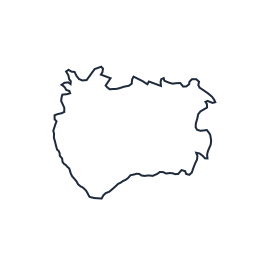 the district of Horizontina, Rio Grande do Sul, Brazil, rotated 34°
{"feature_id": "56859067B7037292151986", "entity_name": "Horizontina", "entity_type": "district", "adm_level": 2, "iso_a3": "BRA", "parent_name": "Brazil", "parent_adm1": "Rio Grande do Sul", "projection": "albers", "projection_center": [-54.298, -27.589], "detail": "fine", "context": "isolated", "style": "outline", "palette": "slate", "viewbox_px": 256, "rotation_deg": 34, "n_neighbors": 0, "source": "geoboundaries", "source_scale": "gbopen_adm2", "svg_char_len": 2130}
<svg xmlns="http://www.w3.org/2000/svg" viewBox="0 0 256 256"><g transform="rotate(34 128 128)"><path d="M161.0,49.9L157.2,49.4L153.7,51.8L153.1,55.3L154.2,57.5L153.1,60.9L150.6,62.8L146.2,61.5L142.9,63.9L140.2,66.3L137.0,67.4L134.2,68.0L131.7,68.5L129.7,66.7L128.3,68.9L129.2,71.5L131.8,74.7L119.3,77.8L119.6,80.9L113.7,81.0L103.9,82.3L104.2,85.3L106.3,89.2L105.1,92.5L101.5,96.1L99.9,98.2L97.5,101.1L95.5,102.9L93.6,104.2L91.2,106.1L88.0,105.9L85.7,105.3L85.7,96.5L75.7,98.9L75.6,96.1L74.1,92.8L71.5,92.2L67.4,97.8L67.1,106.0L66.9,111.4L63.6,114.1L60.0,114.8L56.1,113.6L52.4,111.4L49.6,112.9L46.2,113.0L45.1,115.8L49.0,117.6L52.1,120.5L54.4,121.2L55.8,123.7L52.9,123.6L50.0,126.1L48.8,129.4L51.1,129.3L53.2,129.8L55.6,131.0L58.6,130.1L60.6,131.5L58.9,133.7L54.9,137.1L56.0,140.2L57.5,143.0L63.8,146.8L66.2,150.3L64.6,153.0L62.0,155.7L60.0,158.5L62.3,161.8L65.0,162.4L65.8,165.8L66.7,168.9L67.6,172.1L69.9,174.1L72.0,177.5L75.0,180.0L78.4,183.1L81.2,185.5L83.4,185.8L85.4,187.1L87.0,189.2L90.4,190.1L92.8,192.8L95.0,193.5L97.2,193.5L99.4,194.1L101.9,194.4L104.0,196.1L106.1,197.8L108.8,199.3L111.9,200.1L115.3,201.1L118.1,202.6L121.3,202.9L124.3,202.6L128.0,203.3L130.1,204.2L132.4,205.5L134.7,206.6L139.3,204.9L145.6,201.2L145.2,197.8L145.9,194.5L148.1,191.3L149.5,186.4L150.3,183.2L151.1,179.7L152.5,177.4L153.4,174.9L155.0,172.3L156.0,169.6L156.5,165.7L158.9,163.3L160.7,161.1L163.1,159.8L165.9,159.8L168.7,158.3L171.5,155.9L175.3,153.8L177.9,149.7L179.0,146.7L181.6,145.0L185.1,144.4L187.9,141.9L190.5,140.5L192.7,140.0L195.3,138.1L195.9,133.0L199.5,131.8L201.9,133.6L205.0,132.5L205.8,129.2L204.7,125.3L204.1,122.7L203.4,119.5L202.9,115.6L201.3,112.5L198.4,110.4L201.6,109.1L205.5,109.3L208.8,110.1L210.9,108.8L208.5,105.9L207.2,102.5L205.8,95.4L204.0,92.0L202.1,89.9L199.8,87.6L197.5,86.6L194.5,85.6L192.1,87.7L189.5,89.9L186.1,90.8L183.5,89.4L181.6,86.0L180.2,81.5L178.5,77.4L178.8,73.6L180.5,70.2L182.1,66.8L180.0,64.0L177.6,63.0L178.9,61.0L181.5,60.5L184.1,59.9L185.9,57.8L183.5,56.3L180.1,55.1L175.5,54.6L172.7,54.5L169.1,54.5L164.7,54.5L162.3,53.1L161.0,49.9Z" fill="none" stroke="#1e293b" stroke-width="2"/></g></svg>